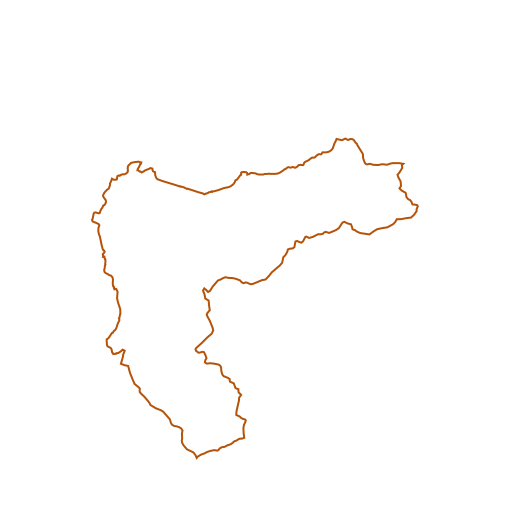 the district of Obreja, Caras-Severin, Romania, rotated 57°
{"feature_id": "2599482B72283676836443", "entity_name": "Obreja", "entity_type": "district", "adm_level": 2, "iso_a3": "ROU", "parent_name": "Romania", "parent_adm1": "Caras-Severin", "projection": "mercator", "projection_center": [22.258, 45.515], "detail": "fine", "context": "isolated", "style": "outline", "palette": "amber", "viewbox_px": 512, "rotation_deg": 57, "n_neighbors": 0, "source": "geoboundaries", "source_scale": "gbopen_adm2", "svg_char_len": 6138}
<svg xmlns="http://www.w3.org/2000/svg" viewBox="0 0 512 512"><g transform="rotate(57 256 256)"><path d="M393.1,415.7L392.5,413.9L392.7,409.8L393.5,406.8L393.7,403.8L394.7,400.2L396.1,396.7L398.2,394.4L398.3,393.2L397.8,391.8L397.6,390.2L397.8,388.7L399.0,386.1L399.2,383.0L400.1,380.0L400.0,377.6L399.6,375.2L400.1,373.2L400.2,369.8L400.6,368.6L401.4,367.6L402.1,364.9L397.7,362.8L393.5,360.3L391.2,358.2L389.1,354.9L388.3,354.1L387.0,354.3L385.4,355.8L383.3,356.8L381.7,357.1L378.6,359.1L376.6,357.7L375.1,356.4L367.7,348.8L366.0,347.7L365.3,346.6L364.5,344.2L363.5,344.2L362.1,344.7L360.7,344.8L358.0,343.3L356.8,344.4L355.4,345.1L350.7,344.0L347.3,346.2L346.0,345.8L344.8,345.1L342.8,346.0L339.3,348.5L337.1,348.8L333.8,347.8L330.7,346.1L328.8,345.7L326.8,346.4L323.9,349.3L321.1,352.6L319.6,355.6L318.4,356.5L317.2,356.7L315.7,355.1L314.8,353.2L311.6,352.4L308.3,352.0L307.1,353.3L306.4,355.9L305.5,357.1L304.2,357.4L302.9,357.9L301.3,357.6L300.6,356.2L299.4,348.7L297.8,341.3L297.0,335.4L295.1,332.4L292.6,331.5L285.6,330.1L279.6,329.6L278.2,329.2L277.3,327.7L276.3,324.3L271.9,322.3L267.6,320.0L264.0,321.7L259.9,320.0L256.2,319.3L255.0,317.0L257.5,316.2L260.1,315.8L260.2,313.6L258.0,308.8L255.8,301.2L256.5,298.1L256.6,295.6L257.2,293.1L259.3,291.1L261.8,287.6L264.3,285.2L267.7,282.7L270.1,282.4L272.0,281.3L272.6,278.9L274.1,277.6L276.6,276.1L277.7,273.9L279.5,264.2L280.9,260.8L279.8,256.1L278.3,251.6L276.9,241.1L275.9,237.7L271.9,233.8L271.4,231.2L270.2,228.7L269.2,227.1L267.9,225.8L268.2,223.9L269.6,221.2L269.5,219.0L265.3,215.0L265.8,213.3L267.8,212.1L269.6,210.6L269.3,208.5L266.9,204.3L267.1,203.2L269.7,201.7L269.9,201.3L270.9,198.1L271.6,191.9L272.8,190.4L273.8,187.8L273.4,186.2L273.7,184.4L276.5,182.1L277.8,175.0L277.8,171.5L275.1,165.4L275.4,163.3L278.5,161.5L281.1,159.1L283.7,159.6L286.2,160.5L288.3,158.9L290.8,157.9L293.5,156.1L299.7,149.1L299.4,144.4L299.5,139.8L301.4,134.9L303.5,130.2L304.0,123.7L303.3,120.6L301.8,117.9L304.1,114.3L306.0,109.6L308.2,105.1L307.5,100.9L305.8,96.8L304.3,95.9L302.4,93.2L301.0,93.2L299.4,94.8L298.0,96.7L295.0,96.1L292.8,96.4L291.4,97.4L288.3,97.7L285.0,96.1L283.8,96.4L280.7,98.1L277.5,98.9L276.2,96.2L272.2,94.1L267.8,93.8L265.0,93.1L263.9,89.8L261.8,85.4L259.1,84.0L258.9,82.3L256.3,85.1L252.7,90.5L251.6,93.1L251.1,95.6L250.6,96.7L247.8,100.1L246.4,103.6L245.5,105.1L243.0,108.4L240.9,110.0L240.3,111.1L239.9,112.6L239.0,113.6L237.8,114.0L235.1,113.6L231.9,112.7L229.3,111.1L228.0,110.8L218.3,110.6L216.9,110.3L215.0,110.8L212.5,110.8L211.5,111.0L210.2,111.8L209.2,113.3L209.0,115.2L208.5,115.9L206.3,117.0L206.1,117.3L205.8,120.3L205.3,121.3L201.7,124.7L202.9,126.3L204.4,129.0L207.1,132.4L207.9,133.8L208.3,135.6L208.3,137.8L207.3,140.8L205.3,143.7L206.2,145.8L205.9,146.5L205.0,147.5L204.7,148.7L204.8,150.8L205.3,152.4L205.3,153.4L204.1,155.3L204.0,156.3L204.3,160.1L203.8,163.6L204.1,164.9L205.4,166.6L205.4,167.2L203.6,169.3L203.0,171.0L203.4,172.0L203.5,174.2L203.2,175.3L201.4,176.6L200.8,178.8L199.1,180.5L198.9,181.8L199.2,183.9L198.8,184.8L199.1,186.7L199.1,190.7L198.7,192.8L197.7,195.0L194.6,199.8L194.0,200.2L193.6,201.4L191.9,204.1L191.6,205.6L189.4,209.0L188.2,210.3L186.4,211.4L183.8,214.6L183.5,215.1L183.6,217.3L183.2,217.9L183.0,219.0L181.5,218.2L180.4,218.6L179.0,220.3L178.2,221.7L177.9,222.5L178.0,223.0L179.8,224.3L179.8,225.7L180.2,226.4L181.6,230.3L181.3,232.0L182.5,233.6L183.5,236.0L183.7,239.1L183.4,241.3L181.6,245.8L180.2,251.8L178.9,255.8L178.3,257.1L178.5,257.6L178.1,258.1L177.6,258.1L177.5,259.4L176.9,260.7L177.0,261.5L176.7,263.2L176.5,264.1L176.2,264.4L176.3,265.5L175.7,266.1L174.7,266.4L171.1,269.6L165.0,274.5L162.2,276.8L162.0,277.5L159.1,279.1L156.0,281.9L156.2,282.0L152.3,285.1L142.1,293.7L137.8,296.9L136.0,297.1L135.3,297.0L132.9,296.3L132.1,295.9L131.9,295.6L130.5,295.1L130.2,295.5L128.7,296.2L127.4,295.9L126.3,295.3L124.7,296.7L124.7,297.9L123.8,302.4L123.9,304.4L123.6,306.5L122.2,306.8L121.7,307.7L119.9,308.1L119.5,308.7L118.3,307.4L117.9,306.0L117.1,305.0L116.2,302.9L115.8,303.0L115.3,301.4L115.0,301.2L114.2,302.2L113.0,303.0L111.0,307.0L109.9,310.0L110.6,313.6L111.1,314.6L112.6,315.9L113.4,316.2L115.5,317.6L116.1,319.4L116.0,321.3L115.8,321.9L114.7,323.7L114.4,325.0L114.5,326.6L113.8,327.0L113.5,328.6L113.7,329.0L115.0,330.1L116.0,331.2L114.7,333.7L112.7,334.7L114.5,337.0L115.7,339.0L117.2,340.0L119.3,342.8L119.3,344.7L119.6,346.1L120.3,348.7L121.8,351.2L122.4,351.6L123.8,351.8L127.3,351.6L128.9,352.3L130.0,353.6L130.7,355.5L130.5,356.3L130.6,356.9L131.1,357.4L132.0,359.0L132.2,359.9L133.4,361.9L134.8,363.6L134.7,364.5L132.0,366.9L131.6,368.0L131.7,368.4L132.2,369.2L135.8,372.7L136.3,373.8L138.0,374.2L143.2,370.7L144.9,370.6L146.7,372.9L149.4,374.8L152.6,376.0L154.6,376.3L163.0,379.6L166.7,380.8L168.1,380.9L168.6,380.5L169.9,380.5L170.7,382.0L170.7,382.6L171.1,383.0L171.1,383.6L172.8,384.2L173.4,384.8L173.7,384.2L173.7,383.7L173.9,383.5L174.2,383.9L176.8,384.5L176.8,384.3L178.3,385.0L180.5,386.8L181.3,387.0L181.6,387.8L184.0,389.7L184.7,390.7L186.7,391.7L188.5,391.4L190.3,390.2L192.0,389.6L193.5,388.3L195.4,388.0L196.5,388.2L198.0,388.9L201.2,391.2L203.2,392.2L204.6,391.9L204.8,392.0L204.6,392.2L205.0,392.5L206.8,392.9L207.5,391.2L210.5,391.5L215.7,395.5L219.7,397.0L226.6,398.8L230.7,401.3L230.8,401.7L233.0,403.8L233.7,405.0L234.3,404.9L235.7,405.8L237.3,408.6L240.7,412.8L241.5,415.0L241.4,415.7L241.6,416.3L242.4,418.0L242.1,418.5L242.2,418.9L244.4,424.1L244.6,425.1L244.6,426.7L249.3,429.4L250.2,429.7L251.7,429.3L253.8,428.0L255.4,427.9L258.6,429.2L260.2,428.8L260.5,429.0L261.7,426.7L261.5,426.1L261.8,426.0L262.4,424.1L262.3,420.8L261.9,418.9L263.9,417.7L266.7,421.5L267.9,422.3L272.8,428.0L276.0,425.7L278.6,423.1L285.2,425.3L292.8,426.8L297.2,427.5L302.5,425.8L304.1,425.7L305.8,427.1L306.9,427.6L309.7,427.2L312.4,426.4L319.1,425.5L321.6,425.4L323.4,425.7L328.9,423.1L333.4,419.9L336.0,418.6L346.0,417.2L349.9,418.3L351.8,418.3L354.0,417.2L355.7,415.3L357.7,413.7L359.5,412.8L360.1,412.7L362.4,412.7L364.4,414.7L369.1,417.5L370.3,418.7L371.6,419.4L372.8,419.7L375.3,419.9L380.5,419.2L386.6,415.5L389.9,415.2L393.1,415.7Z" fill="none" stroke="#b45309" stroke-width="2"/></g></svg>